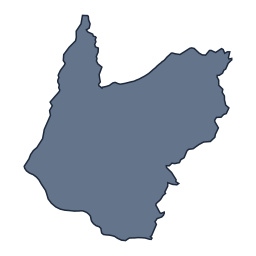 Kamiji, Kasaï-Oriental, Democratic Republic of the Congo
{"feature_id": "63176286B35852451405101", "entity_name": "Kamiji", "entity_type": "district", "adm_level": 2, "iso_a3": "COD", "parent_name": "Democratic Republic of the Congo", "parent_adm1": "Kasaï-Oriental", "projection": "albers", "projection_center": [23.257, -6.688], "detail": "fine", "context": "isolated", "style": "filled", "palette": "slate", "viewbox_px": 256, "rotation_deg": 0, "n_neighbors": 0, "source": "geoboundaries", "source_scale": "gbopen_adm2", "svg_char_len": 3552}
<svg xmlns="http://www.w3.org/2000/svg" viewBox="0 0 256 256"><path d="M149.3,239.2L151.2,239.4L152.0,238.1L150.4,236.6L151.0,236.1L151.6,235.6L153.4,231.4L156.4,224.4L155.4,222.5L155.0,221.6L156.0,220.3L157.1,218.6L160.5,217.4L161.7,217.0L163.4,215.3L164.3,213.2L164.2,212.1L161.3,213.3L160.3,213.1L159.4,211.8L157.9,208.9L155.8,205.1L156.2,203.5L160.4,199.7L161.5,198.0L163.0,195.5L164.8,194.0L165.5,193.5L164.8,192.1L165.0,191.7L167.7,186.2L167.8,182.8L167.8,182.7L172.6,184.4L176.9,184.8L178.7,183.5L177.3,182.6L177.2,182.6L175.8,181.6L176.1,179.7L173.0,174.8L172.8,174.5L171.5,172.4L168.2,169.2L167.9,168.9L166.6,167.6L166.3,166.0L166.3,165.9L166.3,165.7L166.9,165.7L169.3,165.8L171.9,163.2L174.0,163.5L174.8,163.6L179.4,162.6L180.8,159.7L182.4,158.7L182.7,158.6L184.1,157.7L184.8,156.0L184.9,155.7L187.0,150.8L188.2,149.7L188.3,149.7L188.7,149.3L191.2,149.0L193.2,148.7L195.1,147.3L195.2,147.2L199.0,144.5L203.7,142.0L207.8,141.7L210.4,141.5L213.5,138.5L213.8,138.3L214.9,137.2L215.3,134.4L215.6,133.8L215.7,133.6L218.4,127.9L215.1,122.2L214.9,121.8L214.7,120.1L216.5,117.4L221.1,117.2L223.2,114.9L223.6,114.5L225.1,114.0L225.2,113.9L226.2,113.6L226.3,113.5L228.9,107.9L225.7,105.1L225.0,102.0L224.5,100.2L224.4,96.0L222.2,92.4L222.7,89.7L222.8,89.3L218.8,85.3L218.7,82.6L218.7,80.1L217.1,77.2L217.1,76.6L217.2,75.4L219.3,75.3L220.2,74.7L222.5,73.2L223.4,71.2L223.8,70.2L225.0,69.5L225.7,69.0L228.2,63.3L231.5,60.0L231.8,59.8L231.7,58.4L229.0,59.0L228.4,57.6L229.3,54.0L229.8,51.8L227.4,51.8L224.7,53.3L223.2,49.6L222.1,48.9L221.5,48.6L215.6,52.5L211.1,50.4L209.4,50.5L209.0,51.0L208.8,51.3L205.6,55.1L202.2,54.9L199.1,53.1L194.1,48.4L193.0,48.2L191.6,47.9L189.8,48.3L184.8,51.5L183.5,52.3L180.0,54.5L175.2,53.8L172.3,53.0L172.1,53.0L171.2,53.2L169.5,54.9L168.4,55.8L166.9,57.2L165.4,59.0L164.4,60.1L163.7,60.7L162.1,61.7L160.9,62.9L159.0,64.4L157.0,66.1L155.6,67.6L153.0,69.7L151.6,71.0L150.0,72.4L148.7,73.5L144.7,76.1L141.6,77.7L139.0,79.1L136.2,80.2L134.4,81.1L129.9,82.1L128.5,82.5L127.0,82.8L126.3,83.1L120.4,84.2L118.2,83.7L116.4,82.9L115.1,82.4L112.9,82.9L111.2,84.1L109.7,85.2L108.9,85.6L106.7,86.3L104.7,86.8L102.4,87.2L102.0,88.1L98.8,85.6L98.7,84.1L99.1,83.6L100.3,82.0L99.7,78.7L99.1,74.7L99.3,74.1L101.9,67.1L97.9,63.9L96.4,60.9L97.0,58.7L96.3,56.5L97.1,54.5L98.1,52.2L98.3,48.1L95.3,46.8L95.1,45.8L94.7,44.3L95.9,41.8L95.7,41.2L95.2,39.8L95.8,38.2L96.1,37.6L95.5,36.8L93.3,36.1L93.1,35.4L92.6,34.1L87.9,32.0L86.3,29.9L89.2,28.1L89.8,25.3L90.1,23.9L88.6,19.9L88.3,16.4L87.6,15.6L82.5,15.4L81.0,23.9L76.2,31.1L76.3,37.6L75.5,40.9L69.3,47.1L67.1,50.0L63.7,54.6L63.3,60.4L63.3,60.6L65.1,63.1L64.5,65.0L60.5,70.3L59.1,73.2L58.2,75.2L58.9,77.6L58.5,78.5L57.8,80.2L57.8,82.0L59.3,84.9L58.7,87.7L59.3,89.0L59.8,90.0L59.4,91.3L57.7,93.4L54.7,96.8L50.1,102.1L51.8,105.0L52.3,105.8L51.4,107.4L49.6,110.5L49.7,111.4L50.5,115.3L47.4,122.3L44.3,129.4L42.6,138.7L36.9,147.6L34.7,149.4L33.2,150.8L31.1,153.9L30.7,154.4L29.0,158.9L24.2,166.3L24.7,168.3L26.5,170.9L29.4,173.0L33.3,174.7L36.6,177.2L39.0,179.9L41.4,184.1L45.5,190.3L46.5,193.1L48.2,199.0L51.4,203.2L55.7,206.9L60.2,209.1L64.9,210.2L69.8,210.6L74.6,211.1L77.0,211.0L78.7,211.0L80.9,210.8L82.9,210.9L85.0,211.7L86.9,212.6L88.6,214.0L90.3,215.9L90.7,217.4L91.1,219.6L91.7,221.3L93.5,223.7L96.1,225.7L99.3,226.8L100.9,228.5L101.2,230.5L101.7,233.0L103.5,234.5L106.5,234.9L109.5,235.1L112.3,235.7L114.7,236.4L117.7,238.4L121.6,240.2L125.6,240.6L127.1,239.5L129.4,238.0L134.4,237.9L137.9,237.6L141.6,237.7L145.2,238.0L149.3,239.2Z" fill="#64748b" stroke="#1e293b" stroke-width="1.5"/></svg>